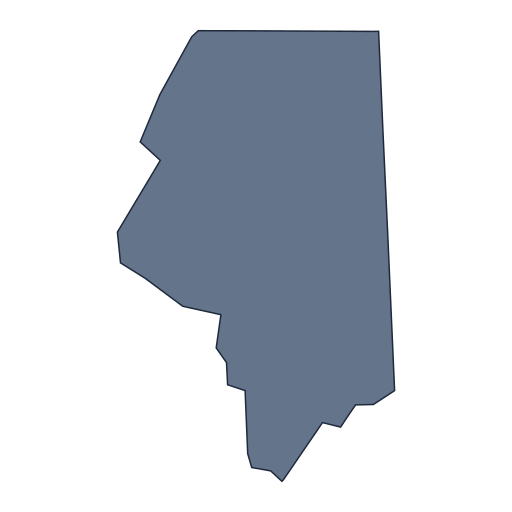 Lackawanna, Pennsylvania, United States of America (orthographic projection)
{"feature_id": "52423323B11679066299223", "entity_name": "Lackawanna", "entity_type": "district", "adm_level": 2, "iso_a3": "USA", "parent_name": "United States of America", "parent_adm1": "Pennsylvania", "projection": "orthographic", "projection_center": [-75.639, 41.402], "detail": "fine", "context": "isolated", "style": "filled", "palette": "slate", "viewbox_px": 512, "rotation_deg": 0, "n_neighbors": 0, "source": "geoboundaries", "source_scale": "gbopen_adm2", "svg_char_len": 498}
<svg xmlns="http://www.w3.org/2000/svg" viewBox="0 0 512 512"><path d="M117.4,232.1L120.5,262.9L145.0,278.2L182.8,306.3L220.9,314.7L216.2,347.9L226.5,362.6L227.6,384.8L245.1,390.6L247.7,453.7L251.7,467.5L270.7,470.9L281.9,481.3L283.4,479.8L322.5,422.6L340.6,427.1L348.9,414.6L355.6,404.9L373.4,404.5L394.6,390.6L387.7,233.6L383.0,132.4L378.6,31.3L373.8,31.4L245.7,30.8L198.2,30.7L191.7,36.8L159.9,94.5L140.2,141.9L160.3,160.4L117.4,232.1Z" fill="#64748b" stroke="#1e293b" stroke-width="1.5"/></svg>